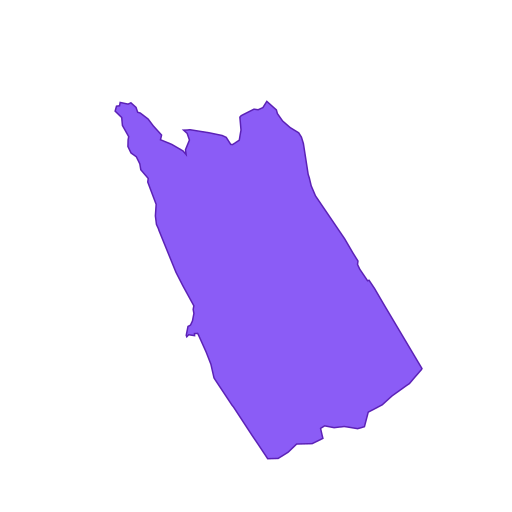 Vega Baja, Puerto Rico, rotated 148°
{"feature_id": "32010507B42725289573863", "entity_name": "Vega Baja", "entity_type": "district", "adm_level": 2, "iso_a3": "PRI", "parent_name": "Puerto Rico", "parent_adm1": "", "projection": "equal_earth", "projection_center": [-66.393, 18.418], "detail": "fine", "context": "isolated", "style": "filled", "palette": "violet", "viewbox_px": 512, "rotation_deg": 148, "n_neighbors": 0, "source": "geoboundaries", "source_scale": "gbopen_adm2", "svg_char_len": 1744}
<svg xmlns="http://www.w3.org/2000/svg" viewBox="0 0 512 512"><g transform="rotate(148 256 256)"><path d="M353.5,77.9L344.5,72.6L332.6,72.6L321.2,75.0L318.1,73.2L307.8,67.1L298.0,66.1L295.9,65.9L294.9,69.0L292.6,75.6L292.1,75.6L287.8,75.6L280.7,69.0L275.1,66.4L274.9,66.2L271.6,64.7L269.7,63.1L261.2,55.6L260.5,55.5L258.3,54.8L255.6,54.1L254.5,53.8L243.9,63.8L243.5,64.1L229.1,63.0L227.8,62.9L218.0,64.7L214.5,65.3L196.9,66.4L193.5,66.5L185.7,69.0L175.9,72.0L174.9,72.6L173.5,135.8L173.3,145.4L172.7,165.6L173.0,175.5L174.5,175.9L175.0,189.8L174.4,195.0L172.2,197.7L172.2,207.1L171.7,223.5L173.7,275.5L172.0,286.3L169.4,294.0L168.5,297.6L156.2,326.3L154.5,332.7L154.5,337.8L159.0,346.9L161.9,356.4L162.4,365.4L161.3,369.1L164.9,381.4L171.5,378.2L176.7,378.9L179.9,381.6L194.1,382.9L196.1,382.3L202.0,370.7L204.2,368.3L208.8,363.1L216.8,362.9L218.3,364.0L218.4,372.4L220.8,376.1L230.1,385.0L245.1,398.1L247.6,399.3L250.7,401.1L249.4,396.5L251.0,389.6L259.5,383.5L261.5,379.1L262.2,383.7L268.3,395.3L275.4,405.2L272.0,408.6L274.2,421.0L274.9,429.3L278.4,438.6L280.2,440.6L279.0,445.6L280.9,452.2L284.0,452.6L289.8,458.2L292.1,455.7L294.9,457.0L298.7,453.5L296.5,444.6L300.1,437.5L300.7,424.7L302.9,422.3L306.6,416.7L307.4,409.6L304.9,403.6L305.7,395.7L308.0,390.2L306.3,378.9L308.6,376.1L310.0,369.2L313.3,352.7L320.1,343.3L323.7,335.5L324.3,330.8L324.7,329.3L327.1,315.7L332.5,284.6L333.8,269.5L335.1,246.7L337.6,244.0L339.1,240.2L344.3,234.6L348.2,232.1L351.0,232.3L357.2,225.7L357.5,224.2L354.8,224.9L350.3,221.0L349.3,222.8L346.5,221.3L346.7,219.0L349.2,200.8L351.6,188.1L356.2,174.9L356.2,172.7L356.0,164.9L355.5,146.1L355.4,142.2L355.1,139.9L354.4,106.1L354.0,95.9L353.5,77.9Z" fill="#8b5cf6" stroke="#5b21b6" stroke-width="1.5"/></g></svg>